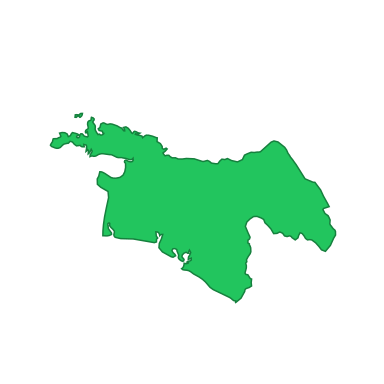 an SVG outline of Waikato, rotated 295°
{"feature_id": "NZL-5468", "entity_name": "Waikato", "entity_type": "Regional Council", "adm_level": 1, "iso_a3": "NZL", "parent_name": "New Zealand", "parent_adm1": "", "projection": "robinson", "projection_center": [175.468, -37.886], "detail": "fine", "context": "isolated", "style": "filled", "palette": "green", "viewbox_px": 384, "rotation_deg": 295, "n_neighbors": 0, "source": "natural_earth", "source_scale": "10m", "svg_char_len": 6012}
<svg xmlns="http://www.w3.org/2000/svg" viewBox="0 0 384 384"><g transform="rotate(295 192 192)"><path d="M110.3,278.3L110.5,278.0L111.8,277.6L111.2,275.8L111.5,274.2L112.0,272.6L112.3,270.8L112.5,252.6L113.2,248.7L116.2,242.1L117.3,238.4L118.0,234.3L118.4,228.1L119.2,224.4L119.3,222.2L118.9,220.3L118.2,218.4L117.7,216.6L118.1,215.0L119.5,215.7L121.1,215.8L122.7,215.5L124.1,215.0L124.2,216.2L124.7,217.2L125.3,218.0L125.8,218.6L126.4,218.6L126.4,217.1L127.7,218.0L128.8,219.4L130.0,220.1L131.7,219.3L131.1,218.8L129.3,217.1L131.6,216.3L134.3,216.6L136.7,216.4L138.3,214.2L136.6,214.2L136.0,214.4L135.3,215.0L134.7,214.2L134.9,212.1L133.2,210.6L130.8,209.8L129.0,210.3L128.4,211.5L128.0,212.5L127.5,213.3L126.1,213.6L125.2,212.9L125.1,211.4L125.4,209.7L125.8,208.5L126.6,207.4L127.3,207.1L128.2,206.9L129.3,206.5L132.0,203.5L133.4,202.5L133.5,200.5L132.5,198.7L130.5,198.5L129.1,200.3L128.3,202.8L127.3,204.1L124.9,202.4L124.5,200.5L125.2,190.5L127.5,185.6L131.6,184.1L136.5,184.1L141.2,183.4L140.8,182.5L140.3,181.8L139.6,181.4L138.8,181.2L140.0,180.3L140.9,179.1L141.2,177.7L140.6,176.1L137.0,178.3L136.6,178.7L136.2,179.9L135.8,180.4L135.5,180.3L134.9,180.0L134.3,179.8L131.7,180.9L130.2,179.3L124.6,158.6L119.6,147.0L118.6,142.2L118.6,141.0L119.4,139.8L120.4,139.2L122.9,138.6L123.9,137.9L124.8,136.0L125.6,133.6L126.7,131.5L128.8,130.7L129.0,130.3L128.6,129.5L127.7,129.1L126.5,129.7L125.6,130.4L123.9,131.4L123.2,132.1L120.8,136.4L119.5,137.0L117.6,135.4L116.3,133.5L114.7,129.7L119.2,127.7L124.9,125.6L132.4,123.3L141.8,121.0L151.6,118.8L157.0,115.7L157.7,107.4L159.0,103.0L163.8,100.6L166.9,100.8L171.4,99.9L171.9,101.1L172.1,102.6L172.0,105.1L170.9,112.4L171.3,114.8L172.3,117.1L173.7,119.1L175.0,120.7L178.2,122.4L182.0,122.5L186.0,121.5L189.4,119.9L190.1,119.3L190.3,118.5L190.8,118.0L192.0,117.8L192.7,118.3L193.0,119.4L192.9,121.7L193.4,123.8L194.5,125.1L196.1,125.3L197.7,124.3L196.3,123.9L195.4,122.8L194.9,121.3L194.5,117.9L193.7,115.1L193.5,113.8L192.0,110.6L191.7,109.1L191.8,103.6L191.4,102.3L191.0,101.4L189.0,94.9L188.4,93.7L187.5,92.5L186.5,91.4L184.3,89.9L183.4,88.9L182.8,87.8L182.6,86.7L182.1,85.6L181.0,84.6L182.8,84.0L184.9,84.4L186.8,84.3L188.1,82.6L185.3,82.6L183.9,82.4L182.7,81.8L183.8,81.4L184.9,81.1L185.8,80.7L186.3,79.6L185.6,79.6L184.0,78.8L188.3,77.6L189.8,76.4L189.4,73.8L188.0,74.7L187.5,75.3L186.9,74.2L186.5,73.1L186.5,72.1L187.0,71.0L185.0,67.8L185.6,65.0L186.8,62.5L186.4,60.1L185.6,59.8L184.6,59.6L183.8,59.2L183.4,58.3L183.1,58.0L181.5,55.9L180.0,55.0L176.7,53.8L175.3,52.5L174.5,51.1L174.1,49.4L173.9,45.4L174.6,43.9L176.3,43.9L178.5,44.3L181.4,43.7L181.9,44.2L182.3,45.0L182.8,46.0L183.2,46.8L183.4,47.1L183.7,47.5L184.4,47.8L186.2,49.5L187.1,49.6L189.4,47.1L191.0,49.1L192.0,51.7L191.8,54.4L189.9,56.5L191.7,58.0L193.7,58.0L195.3,58.5L195.9,61.3L196.2,63.9L195.9,65.3L195.0,64.8L193.9,63.9L193.0,64.2L192.7,65.1L193.2,66.3L194.2,66.7L196.8,66.3L197.7,66.6L198.3,67.8L198.0,68.9L197.4,69.9L197.1,71.0L197.7,74.0L198.9,74.3L202.5,71.7L201.2,71.1L200.7,71.0L201.3,70.0L202.4,69.7L203.6,69.9L204.6,70.6L205.6,71.1L206.9,70.5L209.1,68.8L210.6,68.2L211.9,68.1L213.0,68.6L214.2,69.9L215.1,70.0L216.3,69.4L217.2,69.3L217.4,71.0L216.9,72.4L216.0,72.8L213.5,72.4L213.1,73.0L211.4,76.0L210.3,76.8L208.1,77.6L207.0,78.5L205.6,80.4L204.3,82.6L205.3,83.4L205.3,84.1L204.9,84.9L205.2,85.7L206.1,86.7L207.2,87.3L207.9,87.3L207.8,86.2L209.2,85.1L208.5,81.8L209.6,80.3L211.6,81.3L215.1,80.6L217.1,82.2L217.4,83.3L217.3,86.0L217.7,87.2L219.1,88.9L219.4,89.7L219.8,91.1L220.3,96.1L220.0,99.5L220.1,100.1L220.2,101.1L219.7,102.2L219.0,103.4L218.6,104.5L219.0,105.2L220.0,104.6L221.0,103.5L221.5,102.6L223.1,104.6L222.8,107.3L221.5,110.0L220.0,112.4L219.9,113.3L220.8,113.6L222.0,113.8L222.7,114.2L223.0,115.5L222.9,118.5L223.3,119.9L222.5,119.4L221.8,118.5L221.3,117.5L221.0,116.3L220.3,116.3L220.7,119.0L221.3,121.3L221.5,123.1L220.3,124.3L223.2,125.7L224.2,126.6L225.1,128.6L225.9,132.7L226.2,136.9L226.4,137.6L222.9,139.0L222.5,142.9L220.7,145.7L219.1,146.5L218.7,148.3L220.8,150.0L220.5,151.3L217.7,150.5L215.1,149.2L214.1,150.6L213.4,152.3L214.6,153.6L215.5,155.5L214.8,157.2L214.6,159.6L216.0,162.5L216.1,165.6L217.8,169.3L220.0,172.7L223.0,180.0L224.1,188.5L224.7,189.8L227.1,192.6L227.1,195.0L226.4,197.4L227.7,201.8L228.6,203.5L230.0,203.8L231.5,204.0L234.4,205.2L235.3,208.1L237.3,210.0L237.2,214.5L238.5,220.5L242.7,224.0L247.6,224.0L249.7,225.7L253.0,228.8L254.1,231.7L255.6,234.0L256.4,235.7L257.4,237.0L270.6,242.6L272.9,244.7L273.7,248.8L271.7,257.1L270.0,260.0L267.6,262.7L266.4,264.9L265.3,266.4L263.8,269.5L262.5,271.7L260.8,274.8L251.7,288.9L252.0,297.5L252.7,299.3L248.2,307.7L243.8,312.9L238.8,319.8L236.7,322.5L232.8,318.3L231.5,318.0L228.7,321.6L228.0,325.5L227.5,325.8L227.3,326.4L225.0,329.0L221.5,330.3L220.5,331.4L219.9,332.8L219.0,334.3L218.3,335.8L217.9,337.5L216.9,338.7L213.6,340.3L210.0,339.9L202.1,340.0L194.6,338.0L194.3,333.8L196.3,330.0L198.2,325.5L199.2,320.7L198.5,318.6L197.4,316.9L197.9,314.5L199.4,312.4L200.9,309.5L200.8,307.2L198.0,307.0L195.2,307.4L192.2,305.8L192.9,301.9L193.6,300.6L193.5,298.9L191.8,297.0L191.3,294.4L192.9,291.6L192.9,288.5L190.4,286.5L188.8,283.6L191.9,279.1L193.8,274.7L194.9,271.2L197.4,268.6L197.7,265.8L197.6,264.4L197.4,261.3L195.8,258.2L192.2,256.0L188.0,254.4L183.4,254.9L178.8,259.9L175.6,263.7L173.8,264.0L172.0,263.1L169.5,264.1L169.3,265.9L168.4,266.3L168.0,266.8L167.6,267.5L166.2,268.8L162.7,270.6L160.6,270.8L157.2,270.2L153.7,270.0L152.7,270.6L151.9,271.2L151.0,270.8L150.0,270.9L148.2,272.4L146.2,273.3L140.9,274.3L140.1,275.6L140.6,277.6L138.4,281.0L138.2,281.9L138.3,282.8L135.0,283.9L132.0,285.7L129.6,284.2L128.0,282.5L127.0,281.6L125.8,281.3L124.1,281.8L116.5,281.3L110.3,278.3ZM216.9,59.5L215.8,59.8L214.6,59.9L214.3,59.8L213.6,59.6L212.5,59.1L212.3,58.8L212.4,58.4L212.8,57.6L212.8,57.3L212.8,56.9L212.6,56.5L212.1,56.1L211.4,55.9L210.7,55.5L210.3,54.4L212.6,53.6L213.2,54.5L214.2,57.2L215.1,57.4L215.9,57.7L216.4,58.4L216.9,59.5Z" fill="#22c55e" stroke="#15803d" stroke-width="1.5"/></g></svg>